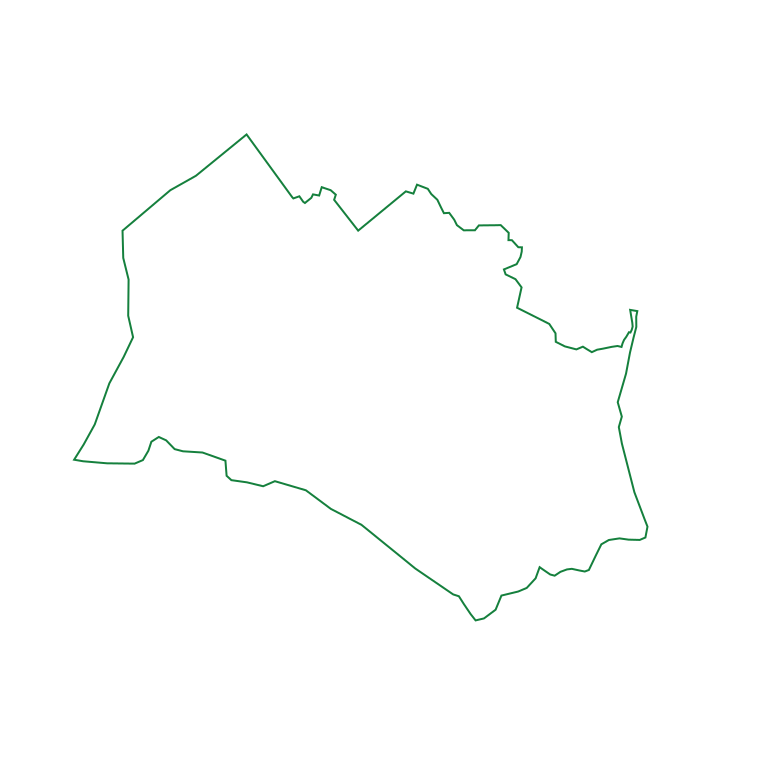 the district of Progreso, Canelones, Uruguay, rotated 196°
{"feature_id": "84410073B80692498878624", "entity_name": "Progreso", "entity_type": "district", "adm_level": 2, "iso_a3": "URY", "parent_name": "Uruguay", "parent_adm1": "Canelones", "projection": "natural_earth1", "projection_center": [-56.258, -34.654], "detail": "fine", "context": "isolated", "style": "outline", "palette": "green", "viewbox_px": 768, "rotation_deg": 196, "n_neighbors": 0, "source": "geoboundaries", "source_scale": "gbopen_adm2", "svg_char_len": 1878}
<svg xmlns="http://www.w3.org/2000/svg" viewBox="0 0 768 768"><g transform="rotate(196 384 384)"><path d="M160.6,523.9L167.8,523.1L162.2,511.3L160.8,507.7L160.8,504.3L161.3,501.4L162.8,501.3L164.1,496.2L165.4,492.6L165.9,488.8L165.9,485.1L170.0,484.9L175.3,482.5L183.1,478.4L188.6,475.7L193.0,471.9L198.6,473.4L203.1,474.7L208.6,470.3L220.5,470.0L230.5,471.9L233.1,480.0L241.7,487.3L277.1,494.0L278.4,514.8L286.5,521.0L297.3,522.9L300.3,527.2L289.5,535.8L287.8,543.7L288.1,549.2L289.1,553.4L292.6,552.5L300.7,557.5L304.0,556.6L305.8,563.7L315.6,568.9L322.7,566.7L326.8,565.5L336.5,562.6L339.0,556.8L343.4,555.6L349.7,553.7L357.7,556.8L361.8,561.3L368.5,566.5L373.5,564.7L378.0,569.6L383.5,575.8L390.9,579.6L395.7,583.7L407.2,584.7L408.2,575.1L416.1,575.2L451.1,524.3L482.7,547.3L482.5,552.7L488.7,555.6L498.1,556.0L498.3,547.3L504.5,546.7L505.2,542.9L509.9,536.2L511.9,536.9L517.1,541.1L522.3,537.4L523.9,538.4L584.9,586.0L622.2,532.3L642.8,511.4L677.6,459.3L669.4,433.3L658.3,414.0L648.7,379.1L638.1,359.8L641.7,338.3L648.2,308.9L650.9,265.4L656.0,243.1L661.0,225.8L651.9,226.8L628.5,231.4L601.8,238.7L594.8,244.4L592.1,254.9L591.7,264.4L585.9,271.0L577.9,269.8L567.3,263.7L558.7,263.9L539.6,268.1L515.3,266.6L510.0,252.4L504.2,249.5L488.6,251.7L472.0,252.4L462.1,260.5L429.8,260.3L400.7,249.3L366.8,242.4L329.4,226.5L303.2,215.3L259.5,200.8L253.5,200.6L246.5,194.4L237.3,186.7L230.8,182.0L223.3,186.2L214.5,197.8L212.8,213.0L197.8,221.5L190.6,227.3L184.7,239.0L183.9,250.8L178.3,248.9L171.7,246.7L167.1,246.8L162.6,252.1L157.0,256.2L152.5,258.1L144.8,258.6L139.3,259.1L135.8,261.7L133.1,277.6L130.9,289.8L124.9,296.0L115.1,300.5L106.0,301.8L95.2,304.6L90.4,308.5L91.4,319.5L96.2,325.8L113.5,349.0L138.9,392.3L146.4,407.3L146.4,418.2L154.3,430.9L154.2,460.7L156.2,482.1L156.9,497.4L157.2,508.4L160.1,518.2L160.6,523.9Z" fill="none" stroke="#15803d" stroke-width="2"/></g></svg>